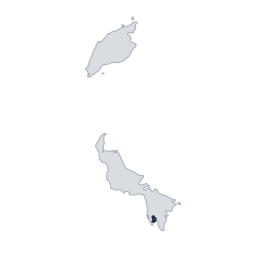 location of Kunak, Sabah, Malaysia, rotated 78°
{"feature_id": "92858781B10132292463184", "entity_name": "Kunak", "entity_type": "district", "adm_level": 2, "iso_a3": "MYS", "parent_name": "Malaysia", "parent_adm1": "Sabah", "projection": "albers", "projection_center": [118.158, 4.693], "detail": "fine", "context": "in_parent", "style": "filled", "palette": "slate", "viewbox_px": 256, "rotation_deg": 78, "n_neighbors": 0, "source": "geoboundaries", "source_scale": "gbopen_adm2", "svg_char_len": 5014}
<svg xmlns="http://www.w3.org/2000/svg" viewBox="0 0 256 256"><g transform="rotate(78 128 128)"><path d="M217.1,127.5L215.7,127.3L213.8,126.1L211.9,125.7L206.3,125.7L205.4,125.3L204.3,126.0L202.4,125.4L201.3,125.5L200.0,126.2L198.2,125.5L197.4,126.6L196.2,127.2L195.0,130.0L194.7,133.4L195.0,135.5L194.4,136.6L194.2,139.0L193.7,140.0L192.1,140.5L191.4,140.1L190.0,141.5L189.7,142.1L189.6,144.4L190.7,145.2L190.7,145.6L188.3,147.5L186.3,148.6L186.0,149.6L186.8,151.6L186.4,152.6L185.4,153.0L184.6,155.6L183.6,157.3L183.2,157.4L181.9,156.9L176.5,157.6L174.9,158.9L173.4,159.7L172.2,158.9L171.6,159.0L166.6,157.5L166.4,156.3L165.9,156.0L160.7,156.1L157.5,157.4L156.3,160.6L154.6,161.0L153.3,162.1L151.1,161.9L149.7,162.2L147.5,161.7L145.5,161.6L138.9,163.6L136.8,162.1L130.5,156.2L129.6,155.2L129.4,153.4L128.7,153.0L128.4,152.6L128.3,152.0L129.3,150.6L130.3,152.5L131.9,153.5L134.7,154.3L137.3,154.1L140.8,156.0L142.0,156.3L143.3,156.2L145.5,157.7L146.9,157.8L145.1,156.8L144.7,156.0L145.0,155.1L146.2,154.0L146.3,152.2L147.3,150.4L147.5,149.6L146.8,148.9L146.7,147.8L147.2,146.3L148.4,147.1L149.4,146.9L149.4,144.1L150.2,142.9L151.4,142.1L163.8,139.5L165.8,138.8L167.2,138.0L171.6,132.1L176.9,126.6L177.6,124.6L177.6,123.3L177.9,122.9L178.5,122.7L179.6,123.5L180.2,124.0L181.3,126.4L182.3,126.5L184.0,128.8L184.4,129.1L184.9,128.9L186.3,127.5L186.7,126.4L186.4,126.2L187.0,125.0L186.5,124.2L186.0,121.4L189.1,119.4L189.1,121.7L190.0,125.0L191.5,125.5L192.3,125.3L191.9,124.3L191.7,122.4L191.3,121.1L190.3,119.4L192.9,119.1L194.9,117.3L195.2,116.2L194.0,115.5L193.5,114.7L193.4,113.8L195.5,111.7L195.7,112.3L197.0,112.5L197.6,112.4L198.5,111.6L198.9,110.3L200.5,108.6L201.4,105.9L205.3,101.6L208.4,96.4L209.0,96.8L209.2,98.2L208.5,100.6L209.9,100.1L212.2,96.6L213.6,97.2L213.5,98.1L214.1,99.9L217.9,102.1L218.5,104.3L217.6,105.2L217.9,107.3L217.6,108.0L216.3,108.6L219.8,108.0L221.8,106.8L223.1,108.9L221.1,109.7L221.5,110.6L223.4,110.1L224.5,109.3L225.7,109.5L227.4,110.3L228.0,110.8L228.3,111.8L229.6,112.2L232.3,113.6L234.7,113.6L235.6,114.3L235.5,116.2L234.2,117.3L229.2,118.8L227.9,118.7L226.0,118.2L224.7,118.5L223.8,120.3L225.4,122.0L228.0,123.9L228.3,124.3L227.8,125.2L221.9,126.7L220.6,126.5L218.5,125.6L217.1,127.5ZM25.6,99.9L26.3,97.4L27.2,97.3L28.1,98.8L31.2,100.0L32.2,99.7L32.6,99.9L33.0,100.3L33.8,102.3L35.8,102.4L36.0,105.5L35.0,106.7L34.9,107.6L36.3,109.1L37.1,108.7L37.9,107.4L41.2,106.2L42.5,107.7L43.8,107.7L44.7,107.2L45.4,105.5L46.8,104.2L47.3,102.7L49.2,103.1L49.9,103.5L52.0,107.0L54.7,109.4L56.8,110.8L58.0,112.1L61.4,118.3L61.8,120.3L61.9,123.4L61.2,128.0L60.6,130.2L60.7,131.3L61.5,133.0L61.2,134.6L61.2,139.5L62.3,141.3L65.2,143.5L69.5,153.0L70.3,155.7L69.8,156.7L69.0,156.9L68.3,156.4L67.9,155.1L66.9,154.1L67.0,155.9L65.0,155.6L63.7,155.9L62.1,157.2L61.3,157.2L60.0,154.8L55.0,151.9L53.1,151.2L51.2,149.1L46.8,146.7L44.0,144.4L42.8,143.1L40.0,141.8L38.8,140.3L37.6,139.5L38.2,138.1L37.7,135.4L35.7,133.0L34.8,131.3L32.9,129.5L31.5,127.4L32.4,126.8L30.9,124.5L30.5,122.9L30.5,119.8L29.1,115.4L27.9,109.4L28.2,107.3L27.9,105.0L25.6,99.9ZM212.4,94.5L211.7,95.0L211.5,93.4L212.5,92.6L213.7,92.4L213.8,93.9L213.5,94.3L212.4,94.5ZM22.6,99.6L23.4,100.8L22.8,101.4L22.3,101.3L21.4,101.8L20.5,100.6L20.4,100.0L21.5,100.2L22.6,99.6ZM148.8,146.5L148.5,146.7L148.0,146.3L147.9,142.9L148.2,142.6L148.7,143.3L148.8,146.5ZM27.7,111.4L26.9,112.9L26.1,112.7L26.2,110.9L26.7,110.7L27.7,111.4ZM220.5,127.4L219.0,127.6L217.9,127.6L218.1,126.7L218.6,126.5L220.5,127.4ZM69.8,141.9L69.0,141.9L68.8,141.5L69.4,140.3L69.8,141.9ZM37.8,138.4L37.3,138.5L37.4,137.9L37.8,137.5L37.8,138.4Z" fill="#d9dde1" stroke="#a8b0b8" stroke-width="1"/><path d="M219.8,122.5L220.0,122.6L220.0,122.8L220.3,122.8L220.3,122.7L220.5,122.7L220.8,122.5L220.9,122.4L221.0,122.3L221.3,122.5L221.5,122.7L221.8,122.6L222.0,122.6L222.3,122.6L222.5,122.5L222.8,122.7L222.9,122.8L223.0,122.8L223.0,122.7L223.1,122.8L223.3,122.8L223.5,122.8L223.8,123.0L224.0,123.0L224.3,123.2L224.3,123.3L224.4,123.5L224.4,123.8L224.5,123.9L224.6,123.7L224.5,123.4L224.8,123.3L224.8,123.2L225.0,123.1L225.1,122.9L225.3,122.8L225.3,122.7L225.2,122.5L225.1,122.4L225.1,122.2L224.9,122.1L224.7,122.1L224.7,121.9L224.5,121.7L224.4,121.7L224.3,121.4L224.2,121.4L224.1,121.2L224.0,120.9L224.0,120.7L223.9,120.7L223.7,120.4L223.6,120.2L223.4,120.2L223.2,119.8L223.1,119.7L222.8,119.6L222.6,119.6L222.3,119.6L221.9,119.7L221.7,119.9L221.7,120.1L221.5,120.3L221.4,120.3L221.3,120.7L221.3,120.8L221.0,120.8L220.9,120.8L220.7,120.7L220.5,120.8L220.4,120.9L220.2,121.0L219.9,121.1L219.5,121.2L219.4,121.2L219.2,121.1L218.9,121.0L219.0,121.1L219.1,121.3L219.3,121.4L219.3,121.5L219.5,121.7L219.5,121.9L219.5,122.0L219.8,122.2L219.9,122.4L219.9,122.5L219.8,122.5ZM225.4,120.6L225.2,120.5L225.3,120.6L225.4,120.6ZM224.9,120.4L225.0,120.4L225.0,120.5L225.0,120.4L224.9,120.4L224.9,120.4ZM225.0,120.7L224.9,120.7L224.9,120.8L225.0,120.8L225.0,120.7L225.0,120.7ZM225.2,120.8L225.2,120.7L225.2,120.8L225.2,120.8Z" fill="#64748b" stroke="#1e293b" stroke-width="1.5"/></g></svg>